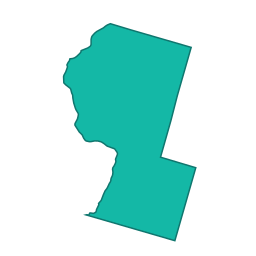 the district of Chisago, Minnesota, United States of America, rotated 196°
{"feature_id": "52423323B15141703051874", "entity_name": "Chisago", "entity_type": "district", "adm_level": 2, "iso_a3": "USA", "parent_name": "United States of America", "parent_adm1": "Minnesota", "projection": "mercator", "projection_center": [-92.792, 45.513], "detail": "fine", "context": "isolated", "style": "filled", "palette": "teal", "viewbox_px": 256, "rotation_deg": 196, "n_neighbors": 0, "source": "geoboundaries", "source_scale": "gbopen_adm2", "svg_char_len": 1447}
<svg xmlns="http://www.w3.org/2000/svg" viewBox="0 0 256 256"><g transform="rotate(196 128 128)"><path d="M51.9,32.6L51.9,108.5L88.7,108.9L88.8,147.0L89.5,172.7L89.5,222.9L152.4,223.1L173.7,223.4L176.3,221.3L177.7,219.7L179.2,217.5L184.6,212.2L186.2,209.9L187.7,206.8L188.0,205.6L188.0,204.3L187.9,203.0L186.5,198.1L186.6,196.9L186.9,196.0L188.8,193.8L194.1,189.7L194.4,189.4L194.2,188.2L194.8,186.5L195.5,185.3L197.1,182.6L198.7,180.7L200.5,179.5L202.9,178.5L202.9,176.4L203.6,174.6L204.1,172.0L204.0,171.6L203.2,170.6L203.0,169.4L203.3,164.8L204.1,161.2L204.1,159.6L202.2,153.9L202.0,153.6L199.7,152.3L194.7,150.3L193.8,149.6L191.8,146.2L190.3,144.4L189.2,141.5L187.0,137.0L184.1,132.6L182.9,131.1L180.2,128.6L179.5,127.7L179.2,125.7L179.1,122.7L180.1,117.9L180.1,117.1L179.7,116.0L173.7,110.7L170.2,108.8L167.9,106.1L166.1,104.6L165.1,104.1L164.4,104.0L161.4,104.2L160.0,104.6L156.5,106.4L153.3,107.2L149.8,107.3L146.5,106.3L143.5,105.0L142.7,104.8L135.1,104.3L132.0,101.8L131.2,100.9L130.9,99.4L131.4,94.6L130.4,92.4L130.4,90.7L130.9,87.9L131.6,85.6L131.5,84.1L130.3,81.4L129.9,79.1L129.9,77.6L130.3,75.4L130.3,73.9L130.0,73.0L130.2,70.7L130.6,69.9L131.2,66.0L131.6,64.0L132.7,61.3L133.3,57.0L133.8,51.0L135.4,47.6L135.5,47.3L134.9,46.2L135.8,40.9L135.6,39.5L135.7,38.4L136.8,37.1L137.7,36.4L140.6,36.0L141.3,35.7L141.4,35.4L141.5,34.0L142.0,33.5L143.7,33.3L144.4,32.9L51.9,32.6Z" fill="#14b8a6" stroke="#0f766e" stroke-width="1.5"/></g></svg>